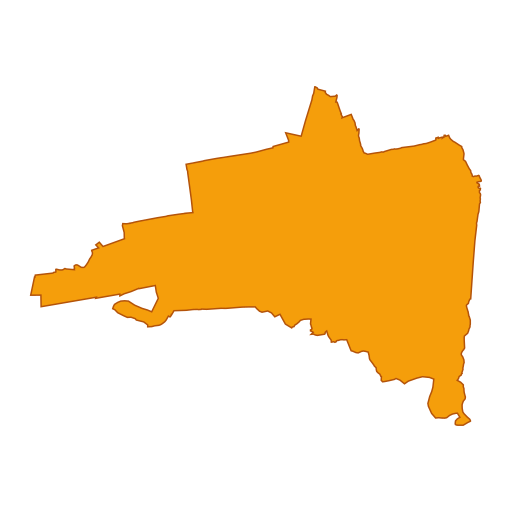 the district of Sagna, Neamt, Romania
{"feature_id": "2599482B81095036257311", "entity_name": "Sagna", "entity_type": "district", "adm_level": 2, "iso_a3": "ROU", "parent_name": "Romania", "parent_adm1": "Neamt", "projection": "equal_earth", "projection_center": [27.059, 46.971], "detail": "fine", "context": "isolated", "style": "filled", "palette": "amber", "viewbox_px": 512, "rotation_deg": 0, "n_neighbors": 0, "source": "geoboundaries", "source_scale": "gbopen_adm2", "svg_char_len": 6043}
<svg xmlns="http://www.w3.org/2000/svg" viewBox="0 0 512 512"><path d="M470.5,421.0L470.0,419.7L469.6,419.1L467.3,417.1L464.0,413.7L462.8,411.9L462.2,408.4L462.1,405.4L462.1,404.7L462.7,402.7L463.4,401.0L465.1,398.9L465.4,397.0L464.9,395.3L464.2,392.5L464.0,390.9L463.9,388.5L463.3,386.8L463.3,384.8L460.6,382.2L457.2,380.3L458.5,378.6L458.8,377.4L459.3,376.4L461.2,375.1L461.5,373.8L462.1,373.5L461.9,372.7L462.1,371.9L462.3,371.5L463.0,369.2L462.8,367.9L463.1,367.1L463.6,364.0L464.1,362.6L463.9,359.9L462.7,356.8L461.5,355.1L461.3,354.5L461.3,353.5L461.8,352.2L462.9,350.4L463.6,349.8L464.2,348.7L464.5,348.3L464.6,347.9L464.2,340.0L464.2,337.4L464.4,336.0L467.6,333.3L468.6,330.8L468.9,329.3L470.0,326.9L470.0,325.5L470.3,324.2L470.3,320.1L469.1,316.2L468.7,315.9L468.6,314.3L468.4,313.6L468.1,311.7L467.7,310.7L467.4,309.5L467.0,308.4L466.5,306.4L466.4,305.5L466.7,304.8L468.4,303.4L468.8,301.4L469.2,300.7L469.7,299.4L470.1,299.0L470.7,298.9L473.2,262.8L474.9,240.7L476.7,225.3L476.5,223.0L477.0,221.5L478.0,214.3L478.7,212.1L478.9,211.0L479.5,204.2L479.6,203.7L480.2,202.9L480.4,202.4L480.1,201.0L480.4,198.9L480.1,198.0L480.6,194.8L480.3,193.6L479.5,192.7L479.4,190.7L480.3,189.9L480.2,189.6L480.2,189.3L480.5,188.7L480.4,188.3L478.8,188.2L478.4,187.9L478.1,187.2L478.1,186.7L478.4,186.2L479.5,186.2L479.5,185.7L479.4,185.1L479.2,184.9L479.3,184.8L479.3,184.3L478.9,183.9L477.2,183.1L476.9,182.3L478.4,181.7L479.7,181.6L481.1,181.2L481.3,180.7L481.1,179.9L479.5,176.8L479.3,176.0L478.7,175.4L476.1,176.2L475.1,176.0L473.5,176.6L472.3,176.2L472.3,175.5L471.8,174.0L470.9,172.5L470.6,170.5L469.4,169.0L467.3,165.1L465.5,161.3L463.5,159.8L463.4,159.2L464.0,153.9L463.8,152.8L463.0,149.8L461.8,147.6L461.7,146.5L459.4,145.2L454.7,142.1L453.4,141.5L452.2,140.5L450.8,139.3L449.7,137.9L448.6,135.3L445.7,136.3L445.3,135.3L444.2,135.3L444.0,136.1L444.0,137.2L443.8,137.4L443.5,137.1L442.7,137.2L442.7,137.6L442.3,138.0L442.3,137.7L442.0,137.2L439.0,138.0L438.4,138.4L438.2,138.3L438.1,138.1L438.1,137.3L435.8,138.1L435.9,139.4L435.7,140.1L430.2,142.2L426.2,143.5L423.6,143.8L421.2,144.5L420.0,144.6L414.0,146.1L401.7,147.6L400.5,148.2L397.4,148.9L395.3,149.1L394.5,148.9L393.3,149.3L391.4,149.4L384.5,151.5L383.3,152.1L381.6,151.9L379.8,152.4L374.6,153.1L367.6,154.3L365.5,153.3L364.2,153.0L363.1,151.2L363.0,150.5L362.3,148.5L360.6,145.5L360.7,144.9L360.4,143.4L359.6,140.9L359.2,137.9L358.8,137.1L358.6,136.3L358.5,135.3L358.9,133.2L359.1,129.1L358.6,128.9L357.1,130.5L356.0,126.8L355.4,125.6L355.0,122.8L353.9,120.3L352.9,119.0L352.8,118.4L351.2,114.4L342.1,117.8L342.3,117.2L342.3,116.5L341.7,115.7L341.3,114.5L340.8,113.9L340.9,113.6L341.2,113.5L340.1,110.8L337.4,102.8L336.9,102.0L335.8,102.0L336.9,97.6L337.1,95.5L336.7,95.0L335.2,96.2L330.4,96.6L329.8,96.3L328.7,95.4L326.6,94.3L326.2,93.9L326.1,93.5L325.4,92.7L325.2,92.1L325.4,91.2L317.9,89.2L317.2,87.9L315.2,86.8L314.8,86.8L313.7,93.4L312.6,95.9L311.9,99.9L305.5,120.7L301.4,135.4L301.1,136.2L285.7,132.8L288.6,140.3L288.7,142.1L273.1,146.5L272.9,147.9L272.1,148.0L266.4,149.3L256.1,152.1L250.7,153.2L216.8,158.4L204.5,160.6L202.8,161.1L186.1,164.3L186.9,169.2L187.7,171.5L187.7,172.5L191.4,199.9L192.6,211.1L192.9,212.6L185.9,213.2L186.0,213.3L178.8,214.2L167.9,215.8L165.9,216.4L157.7,217.7L139.6,221.1L133.8,222.3L132.9,222.7L129.7,223.2L129.8,223.4L126.2,223.8L122.8,223.6L122.4,225.7L124.2,232.5L124.3,237.7L124.5,238.7L103.0,246.5L99.3,242.2L95.8,244.9L98.6,247.9L91.7,250.3L91.8,251.0L92.2,251.8L92.5,253.1L92.2,254.9L90.8,257.4L89.7,258.9L88.1,262.2L86.3,264.9L84.6,267.0L83.9,267.4L81.8,267.4L81.0,267.2L78.4,265.5L77.1,264.9L75.9,264.9L75.0,265.3L74.1,266.0L74.5,268.6L74.2,268.8L74.4,269.7L66.3,269.0L64.9,268.5L62.8,269.8L61.2,270.0L59.3,269.9L57.3,269.4L56.2,269.2L55.9,269.3L55.8,269.6L55.9,271.9L55.7,272.1L53.7,272.4L52.9,273.1L35.3,275.1L34.9,277.2L34.5,277.1L30.7,295.2L40.9,295.1L41.1,306.7L96.3,297.2L95.8,298.3L119.8,294.1L119.9,295.9L124.1,293.8L131.0,291.6L138.7,288.4L138.9,288.7L155.3,285.5L156.3,292.1L158.3,298.3L151.7,311.8L147.4,310.0L142.1,308.4L134.7,305.2L128.4,301.1L124.6,300.8L120.8,301.1L117.7,302.4L114.5,304.4L113.5,306.3L112.7,308.7L114.8,309.7L117.7,312.7L123.8,315.8L127.4,317.4L131.0,317.2L135.3,318.7L136.3,320.0L143.7,321.9L147.7,324.9L147.7,326.8L151.8,326.6L154.7,325.8L158.9,325.3L160.6,324.7L162.4,323.6L164.7,321.8L165.9,320.4L166.4,319.6L168.4,316.1L170.0,316.9L170.4,316.6L171.0,315.7L171.3,314.6L171.6,314.8L174.0,310.7L186.1,310.3L193.2,309.5L197.4,309.4L198.6,309.6L201.2,309.4L201.3,309.2L201.6,309.1L206.7,309.3L221.0,308.3L225.8,308.4L242.0,307.1L249.3,306.9L255.3,306.9L256.6,308.5L259.5,311.2L262.0,312.2L267.7,311.0L271.5,312.9L274.8,316.8L280.0,314.3L285.4,324.1L291.7,327.9L292.3,327.0L294.0,326.6L294.8,325.1L297.0,323.7L299.5,321.5L300.3,320.4L303.7,319.3L308.5,319.0L311.0,319.1L310.5,323.9L310.9,324.9L311.7,327.8L311.9,328.0L312.0,328.3L311.6,329.5L310.5,329.9L310.5,330.9L312.4,331.7L313.2,332.3L311.2,334.3L313.1,334.1L313.8,334.3L315.4,335.0L317.4,335.4L324.5,334.2L325.1,333.7L325.1,333.2L325.2,332.3L326.7,331.0L328.0,335.3L328.7,336.7L331.0,339.9L331.2,340.4L331.3,342.1L331.9,342.1L333.5,341.7L334.9,342.3L336.2,341.7L336.3,341.1L336.6,340.8L337.2,340.5L337.9,340.5L340.7,339.7L343.1,339.7L343.8,339.9L346.7,339.7L350.8,350.0L351.2,350.8L352.5,351.1L356.0,352.6L358.2,352.9L361.5,351.4L363.3,351.0L365.7,351.4L368.2,352.1L369.1,355.6L369.5,358.8L370.0,359.9L372.6,363.3L374.2,365.6L374.3,366.0L376.1,367.7L376.3,369.7L376.7,371.4L378.0,372.8L379.9,374.2L380.8,376.3L381.4,376.6L381.2,380.3L382.6,381.8L384.8,381.5L388.9,380.7L394.4,379.4L396.0,378.5L399.8,380.0L404.5,383.8L408.4,381.1L416.9,378.1L422.5,376.7L429.5,377.4L433.8,379.1L432.9,387.2L431.7,391.6L429.7,396.5L427.9,403.4L428.4,406.3L431.6,413.4L435.6,418.0L438.7,417.7L441.5,418.0L444.8,418.1L446.7,417.7L449.6,415.4L452.6,414.0L455.8,413.3L457.4,413.2L459.9,417.3L457.4,418.8L455.5,420.9L455.2,423.4L455.4,424.5L456.4,425.0L458.0,425.2L463.2,425.2L468.1,422.3L470.1,421.4L470.5,421.0Z" fill="#f59e0b" stroke="#b45309" stroke-width="1.5"/></svg>